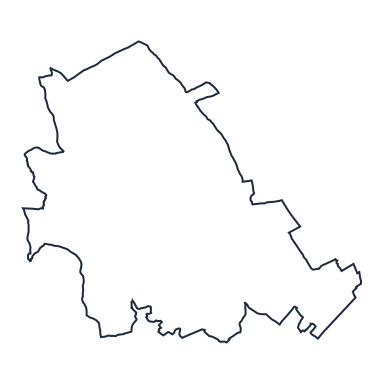 the district of Poienari, Neamt, Romania
{"feature_id": "2599482B83480715242769", "entity_name": "Poienari", "entity_type": "district", "adm_level": 2, "iso_a3": "ROU", "parent_name": "Romania", "parent_adm1": "Neamt", "projection": "natural_earth1", "projection_center": [27.109, 46.891], "detail": "fine", "context": "isolated", "style": "outline", "palette": "slate", "viewbox_px": 384, "rotation_deg": 0, "n_neighbors": 0, "source": "geoboundaries", "source_scale": "gbopen_adm2", "svg_char_len": 5861}
<svg xmlns="http://www.w3.org/2000/svg" viewBox="0 0 384 384"><path d="M360.9,283.9L361.0,281.0L360.1,277.6L359.3,272.1L357.3,273.3L353.5,263.9L341.6,271.0L340.0,268.1L337.9,266.0L337.6,264.9L337.9,264.1L336.5,262.9L336.4,261.9L337.1,261.3L337.3,260.6L336.2,260.2L335.3,259.2L333.8,260.2L321.8,265.6L321.0,266.2L320.1,267.6L319.4,268.0L319.1,268.7L318.6,269.0L317.9,268.6L314.5,269.5L312.6,269.5L310.8,267.8L305.9,259.4L303.8,257.2L302.9,254.7L301.1,252.4L292.8,240.0L291.7,238.7L291.1,236.2L289.8,233.7L288.9,232.7L300.1,226.6L291.7,215.6L287.8,210.0L281.8,200.2L278.4,201.1L273.5,201.8L266.8,202.4L264.7,203.3L261.9,203.3L252.5,204.4L251.8,201.7L251.1,201.1L250.8,200.5L250.5,198.9L250.5,197.7L251.5,195.7L253.9,193.8L254.1,193.0L253.5,191.9L252.8,185.8L251.7,180.5L242.7,181.8L242.7,180.1L241.8,176.6L240.1,174.1L237.8,169.3L236.6,164.9L235.4,162.4L233.1,158.1L231.5,155.6L229.2,149.5L227.8,144.4L227.0,143.4L225.8,140.8L223.7,138.1L222.0,135.0L220.3,132.9L218.0,130.9L216.3,128.8L213.2,123.8L211.7,122.5L210.4,120.6L207.7,119.2L206.0,116.3L203.8,114.5L200.3,110.7L198.8,108.2L198.0,107.4L197.8,106.6L196.7,105.4L195.3,102.7L197.0,102.0L196.7,101.1L197.7,100.9L199.0,99.9L203.0,98.8L207.3,97.0L210.7,96.5L212.9,95.8L218.7,92.9L216.9,90.1L214.4,87.3L212.9,85.9L210.2,84.0L209.9,83.2L206.2,82.4L201.4,85.3L196.2,87.7L193.9,89.2L191.7,89.5L190.4,90.5L187.0,92.2L186.7,92.3L186.2,91.8L185.7,91.9L184.7,88.4L181.6,84.6L181.2,83.5L180.5,82.5L176.6,79.2L175.7,78.8L174.1,76.3L173.1,75.3L170.5,73.9L168.8,72.6L166.7,69.3L166.0,67.7L163.2,65.6L159.3,59.3L157.3,57.5L156.2,55.6L153.9,54.2L152.5,52.5L151.2,51.6L149.3,49.5L147.4,45.5L140.3,42.0L138.5,41.5L128.2,47.5L124.5,48.9L115.4,53.1L109.7,56.7L101.4,60.7L98.0,63.6L95.0,65.4L90.0,67.5L87.5,68.9L83.8,70.3L73.9,77.4L67.8,80.9L63.4,75.8L61.0,73.3L58.2,71.6L52.1,69.1L50.5,68.1L50.4,68.3L52.0,73.1L51.8,74.9L51.4,75.4L49.4,75.5L45.3,76.3L42.9,77.4L39.4,77.2L39.2,77.6L39.2,78.7L40.7,85.2L41.6,86.2L43.6,87.2L44.3,88.3L45.0,90.5L45.4,93.7L45.3,98.3L46.2,100.4L47.1,103.4L47.9,107.4L50.1,111.7L52.4,114.2L53.5,116.0L53.9,120.3L56.5,128.6L57.3,132.4L57.5,136.2L57.1,141.3L57.4,142.5L58.9,146.1L60.0,147.7L63.5,151.3L63.1,151.9L57.3,152.9L55.2,153.6L51.0,153.6L47.1,152.2L45.3,151.3L42.7,150.6L38.9,147.9L36.8,147.4L35.4,147.6L32.7,148.7L31.1,149.9L28.4,151.0L24.7,154.0L24.8,155.2L26.2,157.0L27.0,158.7L27.0,160.0L26.8,160.4L27.4,161.3L27.4,161.8L27.2,161.9L27.6,163.2L27.5,163.7L27.9,164.2L27.6,164.7L28.0,165.2L28.0,165.9L29.8,168.2L31.1,170.4L30.9,171.1L31.4,171.2L32.0,172.2L33.1,172.4L33.3,174.5L33.7,175.0L33.7,176.0L34.0,176.6L34.3,176.7L34.2,178.4L33.3,180.5L33.0,181.9L33.7,182.5L35.9,186.5L36.7,187.2L36.9,188.6L38.4,190.0L39.7,190.3L40.4,191.1L45.3,193.8L46.3,195.2L45.2,196.6L45.9,197.4L46.0,198.0L45.0,199.0L45.0,199.3L45.3,199.4L44.8,200.5L44.3,200.7L43.7,201.5L43.9,201.9L43.6,202.3L43.9,203.9L43.7,204.6L44.0,205.0L43.5,205.4L43.4,206.1L42.8,206.7L43.0,208.5L40.8,208.3L38.7,209.3L32.3,208.7L23.0,208.3L24.1,210.2L25.1,214.4L27.2,218.2L28.4,221.0L28.0,222.1L28.6,225.2L28.6,231.9L27.5,236.7L27.4,238.8L27.8,240.5L29.8,244.1L30.6,247.8L30.3,248.6L30.2,249.8L30.5,253.5L29.0,253.6L27.9,255.4L28.2,259.1L28.8,259.7L29.7,259.8L30.0,261.0L30.9,260.6L31.0,258.9L32.1,258.5L32.4,256.4L34.3,253.9L35.5,253.0L37.8,251.9L40.5,247.6L41.9,246.7L42.2,246.1L43.5,245.7L44.3,244.2L45.6,243.8L49.0,244.6L51.3,244.7L54.4,245.8L58.7,246.2L65.1,248.4L67.9,249.6L70.6,251.8L75.9,254.9L78.5,257.9L80.1,260.4L81.0,262.0L81.5,264.2L81.0,268.4L80.4,269.6L80.3,272.1L80.8,273.4L83.1,276.0L83.8,280.4L83.7,282.5L82.8,286.0L83.2,290.4L82.8,293.1L82.8,296.5L82.1,298.5L82.0,299.5L83.2,302.5L84.5,304.1L85.0,305.4L86.1,307.3L86.6,310.8L86.6,315.3L90.2,317.6L93.2,318.5L96.5,320.4L98.7,322.8L99.1,323.7L99.6,328.1L100.2,329.8L100.3,333.7L101.0,337.1L104.9,336.7L108.6,335.5L110.7,336.0L112.0,335.8L115.7,336.1L117.9,334.8L123.8,334.1L124.0,333.7L131.4,331.7L131.7,327.8L132.5,324.8L134.6,322.0L136.4,320.0L136.6,319.6L136.3,318.8L135.0,316.6L135.2,315.6L135.8,315.0L136.1,313.9L135.9,313.7L136.2,312.6L131.4,307.8L132.1,307.2L131.5,305.5L131.7,303.9L131.4,302.3L131.5,302.0L132.3,301.7L132.5,300.6L134.2,302.9L137.0,308.2L138.0,308.9L139.6,308.9L141.0,308.3L145.7,307.4L147.7,306.2L149.7,306.5L150.4,306.4L151.0,307.5L150.7,308.3L151.0,309.8L150.6,311.2L151.2,312.9L148.9,313.9L147.1,313.8L146.6,314.2L146.5,314.7L147.3,316.4L146.2,317.3L148.2,320.5L149.3,321.3L153.5,322.0L156.4,320.4L157.3,321.2L160.4,320.8L161.7,321.8L161.9,322.0L158.9,325.1L161.0,327.8L159.1,328.9L158.9,329.3L159.3,330.4L158.6,331.1L158.4,331.9L163.3,335.4L168.2,332.0L169.7,332.6L172.3,334.4L174.1,332.7L174.7,331.1L175.8,329.5L179.1,328.4L180.0,328.7L180.3,329.6L179.6,331.9L179.4,333.9L179.9,335.7L182.1,337.8L202.2,329.3L203.1,329.8L204.8,329.8L204.9,330.2L204.4,331.2L204.6,331.9L209.1,336.0L212.5,336.7L217.9,339.5L218.6,340.2L218.9,341.0L220.6,341.8L224.4,341.6L226.6,342.5L229.5,339.6L228.9,339.1L230.2,337.8L230.8,337.6L237.5,333.0L238.9,332.5L240.1,332.4L240.4,332.0L240.7,330.7L240.7,328.8L240.6,327.7L239.6,324.9L239.7,323.3L240.0,322.5L241.6,320.8L243.1,317.8L245.1,315.2L245.6,314.1L245.5,309.8L245.2,307.6L245.5,305.2L245.3,304.0L244.4,302.3L246.7,304.1L247.8,305.7L248.3,306.8L249.1,307.8L257.6,313.4L260.7,314.1L266.2,314.3L271.7,319.3L275.3,321.3L279.7,324.5L281.7,321.4L288.0,314.5L293.5,307.8L294.0,306.9L294.8,306.6L296.9,307.8L296.2,308.8L296.3,309.6L300.6,315.3L302.8,317.1L302.8,317.6L302.0,319.0L300.8,320.4L300.1,322.6L299.0,323.9L298.0,327.7L301.0,332.1L302.6,330.4L304.5,331.4L305.1,330.8L305.6,329.7L306.4,329.7L310.2,325.5L310.5,324.8L310.6,323.9L311.1,324.3L311.8,323.8L312.2,323.7L314.3,324.7L315.6,326.5L314.1,328.6L310.7,332.4L310.5,332.8L311.5,334.1L314.2,336.0L315.3,336.5L317.9,338.6L323.5,331.9L355.6,297.5L354.1,295.1L352.8,291.6L356.6,287.9L356.0,286.9L360.9,283.9Z" fill="none" stroke="#1e293b" stroke-width="2"/></svg>